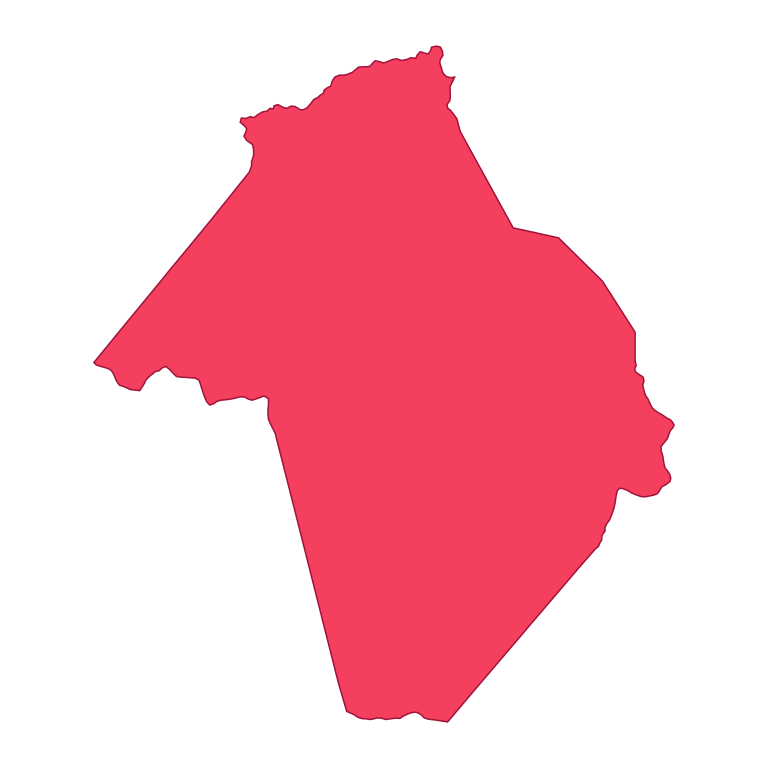 the district of Tucano, Bahia, Brazil
{"feature_id": "56859067B77744280131750", "entity_name": "Tucano", "entity_type": "district", "adm_level": 2, "iso_a3": "BRA", "parent_name": "Brazil", "parent_adm1": "Bahia", "projection": "orthographic", "projection_center": [-38.821, -11.037], "detail": "fine", "context": "isolated", "style": "filled", "palette": "rose", "viewbox_px": 768, "rotation_deg": 0, "n_neighbors": 0, "source": "geoboundaries", "source_scale": "gbopen_adm2", "svg_char_len": 3295}
<svg xmlns="http://www.w3.org/2000/svg" viewBox="0 0 768 768"><path d="M447.6,721.9L467.4,698.5L517.6,639.6L520.9,635.8L528.3,627.0L538.4,615.2L579.8,566.7L595.6,548.7L598.5,546.4L599.5,543.5L601.7,539.9L601.9,535.6L605.0,531.0L605.0,527.6L606.4,524.3L609.5,520.0L611.1,516.1L612.6,512.2L614.0,507.9L615.1,502.9L616.0,496.6L617.2,490.9L619.5,488.3L622.6,488.5L625.7,489.7L628.5,491.0L631.4,492.9L636.1,494.8L641.0,496.6L645.3,496.8L648.9,496.1L653.8,495.1L657.4,493.7L659.5,490.7L661.7,486.9L666.3,484.4L670.0,481.4L670.8,478.3L669.7,474.3L667.9,471.4L665.0,467.9L663.7,462.5L663.2,458.3L662.4,454.4L661.2,451.1L661.0,446.5L664.2,442.6L667.4,438.6L668.9,434.4L670.2,430.8L672.6,428.1L674.1,425.1L672.4,422.0L670.2,419.7L666.3,417.7L662.5,415.0L657.6,412.3L654.3,409.9L651.9,407.4L649.5,402.4L647.6,398.3L645.6,395.6L644.1,391.0L642.7,385.5L643.9,381.0L643.3,377.3L640.5,375.3L637.8,373.6L635.2,371.5L634.8,368.4L636.2,365.7L635.1,360.8L635.1,356.6L635.1,332.2L618.5,306.3L612.8,297.3L607.4,288.9L602.5,281.2L558.6,237.9L536.7,233.0L513.2,227.9L470.4,150.1L460.2,131.4L458.4,124.7L456.9,118.9L453.5,114.1L450.3,110.1L447.7,108.3L447.1,104.3L449.8,100.8L450.3,96.3L450.1,90.7L450.1,86.4L452.7,81.2L454.6,77.1L450.8,77.7L446.7,76.8L443.6,73.8L442.1,70.9L441.3,67.6L439.8,63.0L440.2,59.5L442.9,55.6L442.4,51.2L440.4,47.1L436.4,46.1L431.5,47.2L430.6,50.7L428.0,54.0L424.0,52.9L420.2,51.7L417.4,54.8L415.7,58.3L410.9,57.7L406.7,59.5L401.5,60.5L396.8,58.8L392.5,59.5L388.3,61.3L383.8,63.0L378.2,61.3L375.1,60.8L372.5,63.3L369.9,66.3L366.8,66.8L362.5,66.8L358.6,67.1L355.6,69.6L352.3,72.4L346.9,74.5L343.6,75.2L339.5,75.1L334.8,77.1L332.2,81.2L330.7,86.2L327.0,87.9L324.2,90.2L323.2,93.5L320.1,95.2L317.9,97.5L313.8,99.5L310.8,103.4L307.1,107.8L303.7,109.6L300.6,109.9L298.0,108.3L294.9,106.5L291.0,106.1L287.2,108.2L284.2,107.8L280.9,106.2L277.9,104.6L274.1,105.8L273.4,108.8L269.9,108.4L267.2,111.0L262.3,112.0L257.8,114.6L254.0,117.6L250.3,116.6L246.2,118.4L241.3,118.1L240.2,122.3L243.9,125.3L246.7,128.7L245.8,132.2L243.9,136.1L246.6,140.3L249.1,142.2L252.6,144.6L253.5,149.1L253.7,154.7L252.7,158.5L251.5,161.6L251.6,165.9L249.3,172.1L209.6,221.7L175.9,262.6L167.0,273.3L164.3,276.8L129.0,319.6L93.9,362.5L96.4,365.0L101.3,366.6L105.1,367.6L108.5,368.7L111.5,370.7L113.7,374.4L115.7,379.1L117.4,382.5L119.5,385.2L124.6,386.9L130.1,389.5L134.9,390.1L139.7,390.6L142.6,386.3L144.3,383.5L145.7,380.3L147.8,378.0L150.4,375.5L153.2,373.5L155.4,371.5L159.2,370.7L162.5,367.7L166.0,366.5L169.5,369.4L171.7,371.8L176.3,376.4L181.8,377.3L186.3,377.4L190.4,377.8L194.9,378.1L198.8,380.0L200.2,383.3L201.6,388.0L203.3,393.3L205.0,397.9L206.7,401.7L209.7,405.0L213.1,404.0L217.2,401.2L221.3,400.2L227.9,399.5L233.6,398.5L240.0,396.9L244.4,396.9L247.9,398.9L251.7,400.2L255.0,399.3L259.5,397.7L264.0,396.0L268.5,398.7L268.5,404.7L268.0,409.1L268.0,414.4L268.5,419.4L270.6,424.3L272.7,428.4L275.2,433.2L276.1,437.0L295.7,514.0L316.7,597.1L338.1,681.8L346.7,711.4L350.1,712.9L353.5,714.3L357.7,717.2L361.9,718.6L366.5,718.9L370.1,719.5L373.5,718.9L377.1,717.9L381.2,718.2L386.1,719.5L391.4,718.7L396.0,718.1L399.9,718.4L403.3,716.1L407.1,714.3L411.0,712.8L415.7,712.1L419.0,713.4L422.0,715.4L423.9,717.7L427.2,718.9L431.5,719.6L434.9,719.9L447.6,721.9Z" fill="#f43f5e" stroke="#9f1239" stroke-width="1.5"/></svg>